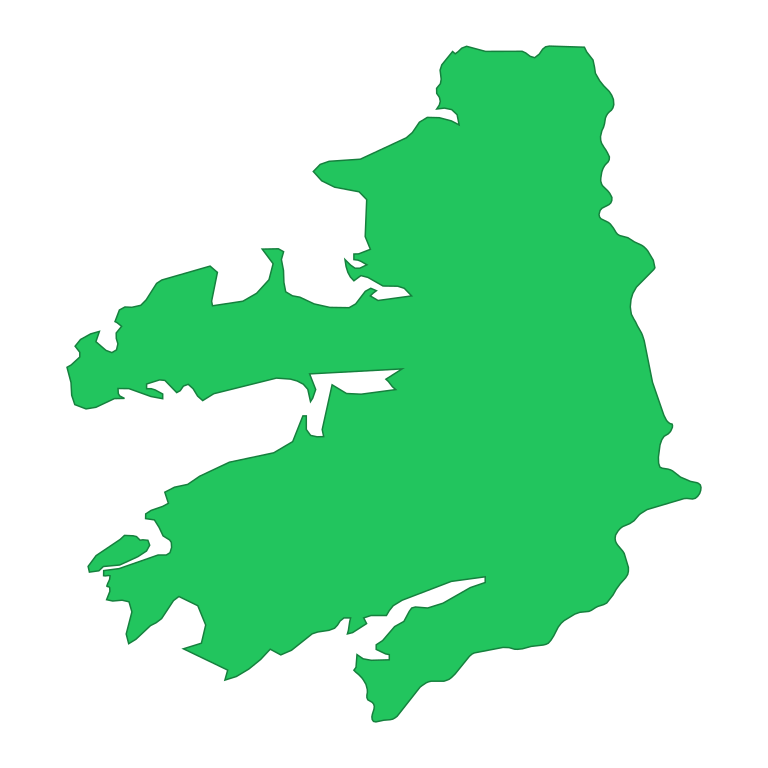 the border of Kerry
{"feature_id": "IRL-725", "entity_name": "Kerry", "entity_type": "County", "adm_level": 1, "iso_a3": "IRL", "parent_name": "Ireland", "parent_adm1": "", "projection": "orthographic", "projection_center": [-9.777, 52.132], "detail": "fine", "context": "isolated", "style": "filled", "palette": "green", "viewbox_px": 768, "rotation_deg": 0, "n_neighbors": 0, "source": "natural_earth", "source_scale": "10m", "svg_char_len": 5820}
<svg xmlns="http://www.w3.org/2000/svg" viewBox="0 0 768 768"><path d="M353.9,670.2L356.0,667.3L357.0,654.6L363.1,658.8L371.3,660.3L389.3,659.8L389.3,654.6L385.6,653.9L376.2,649.4L376.2,644.8L382.6,640.6L394.6,626.6L403.9,621.4L409.3,611.3L411.7,608.0L415.4,607.0L427.7,608.0L443.0,603.2L470.3,587.6L485.2,582.5L485.2,576.8L451.3,581.4L402.2,600.2L393.2,605.7L389.3,610.6L386.4,615.5L371.0,615.5L363.7,617.9L366.6,623.6L352.6,632.6L347.4,633.9L348.4,630.3L349.7,621.7L350.6,617.9L344.0,617.9L340.1,621.0L337.5,625.1L334.6,628.2L329.0,630.3L317.7,632.0L312.2,633.8L291.6,650.2L280.8,654.9L270.2,649.2L260.7,659.4L248.9,669.0L236.4,676.5L224.9,680.1L227.7,670.1L183.4,648.8L201.4,643.2L205.7,625.0L197.8,605.7L178.9,596.5L173.5,600.6L161.6,618.6L156.2,622.7L150.5,625.6L135.9,639.3L128.7,643.7L126.2,634.0L131.9,611.9L129.0,601.8L122.1,600.2L112.7,601.0L106.6,599.7L109.9,591.3L109.7,587.7L108.6,586.6L107.4,586.6L106.8,586.1L107.8,583.3L108.7,581.5L109.6,579.4L110.1,575.8L108.5,575.5L105.2,575.9L103.6,575.7L103.7,570.6L119.1,568.6L158.1,555.0L166.3,555.0L170.0,552.7L171.6,547.5L171.3,542.4L169.7,540.0L163.1,535.9L159.1,527.4L154.4,519.9L145.6,518.6L145.7,513.9L151.1,510.4L162.7,506.4L168.4,503.3L164.8,492.2L174.5,487.2L187.7,484.4L199.7,476.2L229.4,462.2L273.7,452.8L292.7,441.6L302.9,415.9L306.3,415.9L306.3,429.5L310.6,435.4L317.1,436.8L323.7,436.6L322.2,429.6L332.1,384.8L346.5,393.5L361.1,394.2L395.7,389.6L392.4,386.7L388.4,381.5L385.9,379.2L402.1,368.9L309.6,373.9L315.7,389.5L312.7,398.2L310.5,401.6L307.8,389.3L303.3,384.2L297.2,381.0L290.5,379.1L276.4,378.1L213.8,393.7L202.7,400.6L197.6,396.1L193.1,388.7L188.2,384.3L183.4,386.1L180.2,390.7L176.7,392.6L164.9,380.4L159.6,379.9L146.6,384.0L146.6,388.7L151.2,388.7L155.1,389.9L162.7,394.0L162.7,398.7L150.9,396.5L128.9,388.6L118.0,388.5L118.3,393.6L119.7,395.9L124.5,398.4L114.4,398.6L95.9,407.3L86.0,408.9L74.8,404.6L71.7,395.3L71.0,382.5L67.0,367.3L71.1,365.0L79.8,357.0L79.8,352.3L75.1,346.2L80.5,339.5L90.6,333.9L99.4,331.4L95.9,341.7L106.0,350.4L111.9,352.6L116.5,349.9L117.9,343.8L116.3,338.5L116.2,333.0L121.6,326.3L117.0,322.6L115.0,321.6L119.4,310.0L124.9,307.0L131.9,307.3L140.8,305.3L146.2,299.8L156.6,283.4L161.8,280.0L210.1,266.1L217.4,272.4L211.6,301.2L212.5,305.8L242.9,301.2L256.6,293.3L269.0,279.7L273.1,263.7L262.2,249.1L278.4,248.8L283.6,251.7L281.4,259.5L283.5,270.5L283.9,282.4L285.7,291.8L292.4,295.8L299.9,297.2L314.1,303.9L329.8,307.4L349.1,307.7L355.7,303.9L365.3,291.3L370.8,288.3L376.4,290.7L373.2,293.1L370.3,295.9L378.0,300.5L411.6,295.9L404.3,288.3L397.7,286.2L383.0,286.0L367.9,277.4L360.9,275.6L353.9,280.8L350.4,277.0L347.9,272.4L346.1,266.6L345.0,259.6L350.6,265.1L355.0,268.2L359.8,268.2L366.9,264.8L360.9,261.3L357.9,260.1L353.9,259.6L353.9,254.0L358.6,253.9L370.4,249.3L365.2,236.6L366.7,199.6L359.1,191.8L334.7,187.2L321.7,180.8L313.3,171.5L320.2,164.4L329.1,161.3L360.3,159.2L406.3,137.8L412.4,132.5L419.4,122.2L427.3,117.4L439.3,117.7L451.4,120.9L459.1,124.9L457.1,114.7L451.7,109.6L444.4,108.1L436.7,109.0L439.3,105.1L440.3,101.3L439.4,97.3L436.7,93.4L436.6,88.3L440.4,83.7L441.2,79.2L440.1,70.1L441.8,64.8L452.6,51.5L455.2,53.8L458.1,51.7L461.7,48.2L466.6,46.3L485.5,51.4L522.2,51.3L525.8,53.0L530.1,56.3L534.7,57.7L539.3,54.1L542.7,49.1L545.6,46.8L549.4,46.1L584.4,47.2L586.7,51.9L593.0,60.0L594.5,67.1L595.4,73.3L599.7,80.8L603.6,85.7L609.2,91.4L611.7,95.2L613.4,99.4L613.8,104.7L612.9,107.9L611.4,110.2L609.4,111.8L607.7,113.6L606.4,115.7L605.4,118.1L604.5,123.8L603.5,127.3L601.9,130.6L600.5,136.5L600.7,140.3L601.6,143.3L604.1,147.5L605.8,149.9L607.4,152.7L609.4,156.9L609.2,159.7L608.1,161.9L606.3,163.7L604.7,165.5L603.0,168.5L601.8,171.9L600.8,178.0L600.7,181.0L601.7,184.3L602.6,185.8L608.0,191.1L609.8,193.4L611.9,197.4L611.8,200.5L610.8,202.9L609.0,204.6L602.0,208.2L600.1,210.4L599.0,214.5L599.6,217.1L601.0,218.8L608.5,222.5L610.4,224.1L613.5,228.2L616.0,232.4L617.5,234.2L619.6,235.5L627.9,237.7L634.4,241.9L641.6,245.2L643.7,246.6L646.1,248.9L647.7,250.8L653.3,260.2L654.9,267.8L653.8,269.5L636.4,287.1L632.8,293.5L631.0,299.5L630.3,306.8L630.8,310.9L631.4,314.3L633.9,319.2L635.5,321.8L637.4,325.8L641.5,333.0L642.5,335.4L644.2,340.7L652.5,382.3L663.9,415.3L666.4,420.2L667.2,421.2L668.5,422.5L670.1,423.6L672.1,424.1L672.5,425.4L672.4,427.3L671.1,430.3L670.4,431.6L668.3,433.8L664.1,436.3L661.8,439.7L660.0,444.9L658.4,457.2L658.6,463.2L659.9,467.1L662.2,468.2L668.0,469.1L670.6,469.9L672.7,471.0L680.5,477.1L690.5,481.4L696.9,482.7L698.4,483.3L700.3,484.9L701.0,487.5L700.7,490.4L699.7,493.4L697.6,496.4L695.3,498.3L692.5,499.0L686.9,498.4L684.0,498.6L647.0,509.6L640.5,513.7L638.9,515.1L634.1,520.7L629.8,523.6L622.7,526.6L620.3,528.4L618.1,530.9L615.6,535.0L615.1,538.2L615.5,541.2L616.4,543.2L617.9,545.4L622.8,551.2L624.2,553.4L628.4,567.4L628.4,571.2L627.7,574.4L625.7,577.7L620.3,583.7L616.2,589.3L613.0,595.0L606.7,603.0L603.6,604.6L597.9,606.4L595.7,607.5L591.4,610.3L588.9,611.4L579.8,612.3L574.8,614.1L564.1,620.6L561.2,623.2L558.2,627.1L553.7,635.9L550.9,640.3L548.3,643.2L546.0,644.3L543.3,645.0L531.2,646.4L522.4,648.8L517.5,649.3L514.5,649.2L509.1,647.6L503.0,647.4L474.4,652.9L472.1,654.0L469.5,656.2L455.1,674.0L451.5,677.5L449.1,679.3L446.6,680.3L443.9,681.2L431.3,681.2L428.6,681.8L426.2,682.8L421.9,685.7L420.0,687.2L397.1,716.3L395.1,717.8L392.8,719.1L390.1,719.7L383.9,720.2L375.9,721.9L373.5,721.4L372.2,719.5L371.9,716.8L372.4,714.2L374.0,709.1L374.3,706.4L373.7,704.2L372.3,702.4L367.8,699.8L366.9,697.6L366.9,695.1L367.4,692.4L367.3,689.5L366.0,684.4L363.5,680.1L361.9,677.9L358.7,674.6L355.8,672.2L353.9,670.2ZM142.8,539.8L147.9,540.3L149.7,545.2L146.5,551.0L138.0,556.6L119.7,565.0L103.4,566.5L98.9,570.8L89.4,572.1L88.1,566.4L96.1,555.6L120.2,539.4L124.5,535.4L133.2,535.8L136.5,536.6L140.1,540.2L142.8,539.8Z" fill="#22c55e" stroke="#15803d" stroke-width="1.5"/></svg>